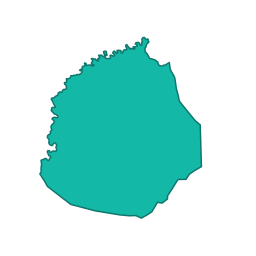 San Juan Bautista Atatlahuca, Oaxaca, Mexico (Albers equal-area conic projection), rotated 289°
{"feature_id": "50627088B89810270526717", "entity_name": "San Juan Bautista Atatlahuca", "entity_type": "district", "adm_level": 2, "iso_a3": "MEX", "parent_name": "Mexico", "parent_adm1": "Oaxaca", "projection": "albers", "projection_center": [-96.715, 17.584], "detail": "fine", "context": "isolated", "style": "filled", "palette": "teal", "viewbox_px": 256, "rotation_deg": 289, "n_neighbors": 0, "source": "geoboundaries", "source_scale": "gbopen_adm2", "svg_char_len": 5645}
<svg xmlns="http://www.w3.org/2000/svg" viewBox="0 0 256 256"><g transform="rotate(289 128 128)"><path d="M39.0,124.0L43.2,148.7L45.5,158.0L47.4,162.8L47.6,163.6L47.7,164.5L47.2,170.0L51.4,173.8L56.5,177.8L67.3,180.1L68.1,184.7L73.7,188.4L76.9,187.5L86.1,189.9L87.6,190.1L94.9,191.9L95.7,192.3L98.3,199.5L104.2,201.0L109.4,204.8L115.4,210.0L154.4,195.3L156.2,190.8L156.5,189.7L162.8,179.4L170.1,167.8L175.7,164.5L180.8,161.0L190.3,156.1L191.8,154.9L196.3,149.8L197.7,148.6L203.2,145.8L201.4,144.0L200.2,143.4L199.3,142.1L199.0,141.2L197.8,140.4L197.6,140.1L197.5,139.7L197.3,137.3L197.4,137.0L198.1,136.1L199.1,135.3L200.2,134.5L200.3,133.5L200.8,132.7L201.1,131.6L201.1,128.0L201.1,127.4L200.7,126.2L201.4,125.0L202.3,124.4L203.3,123.0L204.0,122.5L204.8,121.2L204.9,120.7L205.2,120.5L205.5,119.5L207.0,118.9L207.7,118.5L208.2,118.4L208.8,118.0L210.1,118.6L210.8,118.2L211.0,118.4L211.4,118.6L212.2,118.3L213.0,118.3L213.7,118.5L214.4,119.0L216.3,119.7L217.0,118.6L218.1,118.3L218.5,118.0L218.5,117.6L218.3,117.2L217.5,116.4L217.5,116.1L217.6,115.8L218.4,114.9L218.9,114.1L218.3,112.7L216.5,112.2L214.6,113.2L214.3,113.5L213.8,113.5L213.1,113.0L212.6,113.1L212.1,113.6L211.9,113.7L210.9,113.9L210.7,113.7L210.6,113.3L210.7,112.7L210.9,111.9L211.3,111.4L211.9,110.9L212.2,110.4L212.3,110.0L212.3,109.6L212.2,109.3L211.8,109.1L211.6,108.8L211.4,108.0L211.1,107.7L210.5,107.6L209.9,107.6L209.6,109.2L209.1,109.8L208.4,110.0L208.2,109.5L206.8,107.9L206.6,106.6L206.3,106.5L205.9,106.6L205.4,107.1L205.3,107.8L205.3,108.5L205.0,108.6L204.6,108.4L204.4,107.9L204.4,107.0L204.2,104.7L203.6,104.5L203.5,104.0L203.5,103.7L203.7,103.3L204.2,103.1L204.7,102.2L205.1,101.5L205.6,100.9L206.3,99.8L206.3,99.5L206.2,99.3L205.9,99.1L205.6,99.0L204.5,99.3L203.9,99.8L203.3,100.5L202.9,100.9L201.9,101.1L201.5,101.1L201.3,100.9L201.1,99.8L200.9,99.2L200.4,98.9L199.2,98.3L198.8,98.3L198.1,98.5L197.4,98.5L196.8,97.9L196.8,96.9L197.3,96.7L198.4,96.5L198.7,96.0L198.8,95.4L198.4,93.7L197.8,92.5L197.7,92.4L196.6,93.0L196.1,93.7L195.8,93.8L195.5,93.6L195.2,93.3L195.1,92.9L195.1,92.6L195.3,92.0L196.1,90.4L196.1,89.9L196.0,89.6L195.4,89.3L194.7,89.2L194.0,89.2L193.7,89.4L193.2,90.9L193.0,91.2L192.1,91.8L191.7,91.6L191.4,91.3L191.2,90.7L191.2,90.2L191.4,88.9L191.3,88.2L191.1,87.8L190.7,87.5L190.3,87.5L189.9,87.8L189.0,88.5L188.7,88.6L188.1,88.4L187.5,88.0L187.4,87.5L187.3,86.7L186.7,84.8L186.8,83.6L186.9,83.4L187.2,83.2L188.3,83.1L189.5,83.1L189.5,84.0L190.0,84.4L190.6,84.3L190.8,84.2L190.8,83.6L191.3,83.1L192.8,83.0L193.3,82.5L193.2,81.3L192.8,80.5L192.3,80.1L191.3,80.5L189.6,81.9L189.3,82.5L188.4,82.1L187.5,81.6L187.4,80.9L187.6,80.2L188.1,79.8L188.3,79.4L188.2,79.0L187.5,77.3L187.3,76.9L187.1,76.6L186.8,76.7L186.3,77.6L185.6,78.2L185.1,78.4L184.6,78.4L184.6,77.7L183.8,77.0L183.3,76.9L183.0,77.3L182.5,77.9L182.0,78.1L181.6,77.3L181.5,76.8L181.8,75.8L182.3,75.3L182.6,74.7L182.1,72.8L182.2,72.1L181.8,71.1L181.7,70.9L181.4,70.9L181.1,71.8L180.8,72.3L180.2,72.6L179.8,72.7L177.7,72.3L177.1,72.4L176.7,72.7L176.6,73.4L176.7,74.1L176.5,75.0L175.8,75.3L175.4,75.0L175.2,74.6L175.1,74.2L175.1,72.8L175.2,71.8L175.2,71.3L174.7,70.7L174.5,69.8L173.9,69.0L173.8,68.5L174.2,68.0L174.6,67.8L175.3,67.3L175.4,66.5L175.3,65.8L174.9,65.8L174.3,66.3L174.1,66.6L173.7,66.8L172.8,66.8L172.4,66.5L171.8,65.5L171.3,64.9L170.8,64.8L168.9,65.7L168.7,65.4L168.4,64.7L168.1,64.3L167.3,63.6L166.9,63.5L166.6,64.3L166.7,64.7L166.9,65.2L167.3,65.6L167.2,65.9L167.0,66.2L166.2,66.4L165.6,66.4L165.0,66.3L164.1,65.5L163.0,64.9L162.6,64.3L162.2,63.5L162.0,62.3L160.8,61.5L160.1,59.3L159.3,58.6L159.1,57.9L159.0,57.2L158.5,57.0L156.9,57.1L156.4,57.0L155.7,56.3L155.4,55.8L154.9,55.4L154.7,54.0L154.5,53.8L154.3,53.8L154.1,53.8L153.8,54.2L153.2,54.2L152.6,54.8L152.0,55.0L151.2,54.9L150.9,54.8L150.7,53.8L150.3,53.3L150.0,53.2L149.7,53.3L149.1,53.7L148.7,54.1L148.7,54.6L147.9,55.7L145.7,56.9L145.2,56.9L144.9,56.8L144.0,55.9L143.6,54.9L143.3,54.4L142.6,54.1L141.6,53.8L140.8,54.0L140.3,53.8L140.0,53.4L140.1,52.6L139.9,51.9L139.5,51.4L139.1,51.3L138.6,50.8L138.0,50.6L136.9,50.9L136.3,50.9L135.8,50.6L134.8,49.5L132.5,48.1L132.2,47.8L131.6,46.5L131.5,46.3L130.4,46.0L130.2,46.1L129.0,47.7L126.2,50.2L124.6,52.3L124.0,52.5L123.4,51.8L123.1,50.3L122.6,49.7L122.2,49.5L122.0,49.4L121.7,49.6L120.3,49.7L120.1,49.6L119.9,49.6L119.3,50.0L119.1,50.5L119.1,50.9L119.0,51.0L118.7,51.1L118.0,52.5L117.6,53.0L117.3,54.1L117.4,55.5L116.5,57.7L116.0,58.0L115.4,58.0L114.8,57.8L114.4,57.0L114.2,55.0L114.0,54.5L112.7,53.3L111.8,53.3L111.7,53.4L111.8,53.7L111.1,54.7L110.7,55.7L110.1,56.1L109.6,56.2L109.1,56.3L108.5,56.1L106.5,55.2L105.8,54.9L104.8,54.7L104.4,54.7L103.4,55.1L103.1,55.2L101.8,56.4L101.4,56.5L100.5,56.3L99.9,55.9L99.2,55.7L98.0,56.4L97.5,56.4L97.0,56.1L96.5,55.8L95.6,55.0L94.5,54.5L93.1,54.7L92.6,55.1L91.6,56.7L91.1,57.3L90.2,57.6L89.4,57.6L87.9,58.2L87.4,58.6L86.7,59.7L86.6,61.0L86.6,61.7L86.8,62.1L87.4,62.4L88.3,62.4L89.2,62.7L89.8,63.1L90.0,63.4L90.0,64.3L88.9,65.8L88.2,66.3L86.7,66.1L86.3,66.2L85.4,66.7L84.9,67.4L84.1,67.7L83.5,67.7L82.8,67.4L82.4,66.9L82.2,66.0L82.0,65.0L81.7,64.4L81.2,64.0L80.0,63.2L79.8,62.7L79.8,62.2L80.9,61.2L80.9,60.9L80.4,59.6L79.5,59.4L79.1,59.5L78.2,60.3L78.1,60.5L77.6,60.9L76.6,61.6L76.1,62.2L76.0,62.6L76.3,63.3L76.4,63.5L76.3,63.8L75.8,64.2L74.8,64.3L74.4,64.1L73.1,63.8L72.0,63.7L71.5,63.6L71.3,63.2L71.4,62.3L72.1,61.3L72.4,60.6L72.4,60.0L71.6,58.9L70.9,58.4L70.3,57.8L69.8,57.0L69.2,56.4L68.6,56.5L67.4,57.2L65.7,58.0L64.2,58.4L62.8,58.6L61.1,59.1L60.9,59.1L59.9,59.5L59.3,59.8L58.3,60.2L57.3,60.1L56.8,59.7L56.2,59.8L55.8,59.7L50.5,66.5L46.5,70.9L37.1,98.8L39.0,124.0Z" fill="#14b8a6" stroke="#0f766e" stroke-width="1.5"/></g></svg>